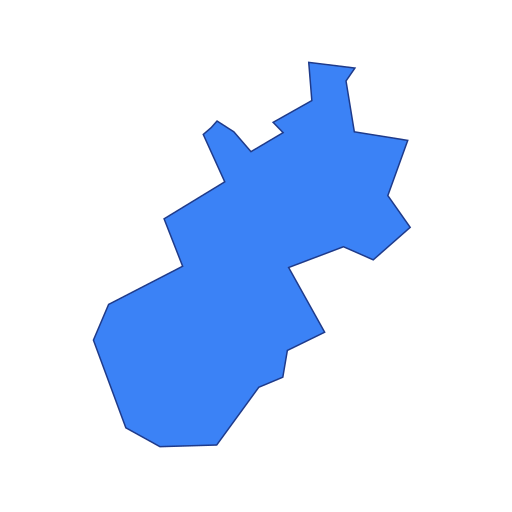 SVG path tracing the border of Grobinas, rotated 71°
{"feature_id": "LVA-5716", "entity_name": "Grobinas", "entity_type": "Municipality", "adm_level": 1, "iso_a3": "LVA", "parent_name": "Latvia", "parent_adm1": "", "projection": "robinson", "projection_center": [21.193, 56.504], "detail": "fine", "context": "isolated", "style": "filled", "palette": "blue", "viewbox_px": 512, "rotation_deg": 71, "n_neighbors": 0, "source": "natural_earth", "source_scale": "10m", "svg_char_len": 540}
<svg xmlns="http://www.w3.org/2000/svg" viewBox="0 0 512 512"><g transform="rotate(71 256 256)"><path d="M123.9,266.3L120.0,256.5L115.7,248.9L131.4,236.5L155.7,226.8L148.2,190.2L135.2,196.3L127.2,152.6L90.1,143.1L110.5,101.3L119.8,113.9L170.6,122.6L196.1,74.9L241.8,111.7L279.1,100.9L297.8,146.4L275.7,170.3L277.5,228.9L350.4,215.9L355.5,257.1L379.3,270.1L381.0,296.1L421.9,354.7L405.0,408.9L376.1,435.0L282.6,437.1L253.8,411.1L241.8,328.7L190.9,330.8L175.7,261.4L123.9,266.3Z" fill="#3b82f6" stroke="#1e3a8a" stroke-width="1.5"/></g></svg>